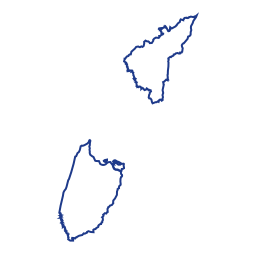 Sucre, Manabi, Ecuador (Natural Earth projection)
{"feature_id": "8360857B16036105102773", "entity_name": "Sucre", "entity_type": "district", "adm_level": 2, "iso_a3": "ECU", "parent_name": "Ecuador", "parent_adm1": "Manabi", "projection": "natural_earth1", "projection_center": [-80.333, -0.56], "detail": "fine", "context": "isolated", "style": "outline", "palette": "blue", "viewbox_px": 256, "rotation_deg": 0, "n_neighbors": 0, "source": "geoboundaries", "source_scale": "gbopen_adm2", "svg_char_len": 5727}
<svg xmlns="http://www.w3.org/2000/svg" viewBox="0 0 256 256"><path d="M68.2,239.3L70.2,240.6L73.1,240.6L73.1,239.1L72.7,238.6L72.1,238.5L72.2,237.9L73.9,238.0L75.0,238.5L75.4,237.9L76.3,237.5L76.2,237.3L79.2,235.7L82.3,235.0L83.7,233.4L84.7,233.7L87.0,232.6L87.0,232.0L88.4,231.2L90.9,232.0L93.5,232.2L93.3,229.9L94.2,229.2L95.5,229.1L96.3,228.0L98.2,227.0L98.4,226.5L98.3,225.7L98.9,225.0L100.4,224.0L101.1,224.0L101.5,222.5L102.2,222.3L102.3,221.1L102.9,220.0L102.7,217.5L102.2,217.2L103.5,215.8L103.5,215.2L103.2,214.7L104.9,213.2L106.3,213.5L107.2,212.0L107.7,211.9L107.5,209.3L107.6,208.6L108.1,207.9L108.2,207.2L109.3,206.7L109.8,205.7L112.0,204.9L113.3,203.1L113.1,202.6L113.3,200.5L115.0,198.5L116.9,194.9L117.0,191.5L117.6,189.9L117.6,189.1L119.0,188.2L118.9,187.2L119.3,186.0L120.5,185.0L120.7,184.2L120.4,181.7L120.5,178.8L121.1,177.0L121.8,176.6L122.1,175.9L122.0,174.9L121.3,174.3L120.9,172.9L121.0,171.5L117.5,169.9L115.7,169.8L114.2,169.0L113.3,167.4L112.6,165.0L110.2,162.0L108.4,162.2L107.2,162.8L105.6,164.3L104.4,164.8L103.0,165.0L101.4,164.6L100.2,163.9L99.0,161.1L96.1,161.0L95.2,160.7L93.5,157.0L92.1,156.2L90.2,154.7L89.7,152.9L89.8,151.7L89.5,149.5L89.8,148.4L89.3,146.3L89.8,145.3L89.9,143.0L90.3,141.1L90.3,140.6L89.8,140.1L89.3,140.4L88.6,142.3L87.3,143.6L84.4,145.2L82.7,145.8L81.8,145.6L80.7,146.3L79.8,150.1L78.9,152.0L77.5,153.1L76.2,156.2L75.2,156.6L73.6,163.8L71.2,172.3L69.0,179.0L68.2,180.3L66.5,187.0L65.8,188.9L64.4,190.7L63.5,192.4L62.9,196.0L60.6,205.7L59.3,212.8L59.6,213.3L60.5,213.2L60.7,213.4L60.7,213.8L60.3,214.3L60.7,214.9L61.3,215.1L60.4,215.5L61.1,215.7L61.5,216.4L60.2,216.1L60.2,216.4L60.8,216.5L60.9,216.9L60.8,217.5L60.3,217.8L60.9,217.8L61.2,219.3L61.9,219.4L61.7,219.9L61.1,220.0L61.4,220.8L62.2,220.1L62.6,220.7L62.2,221.8L61.4,222.6L62.3,222.8L61.8,223.2L62.5,223.6L62.7,224.1L62.3,224.0L62.2,224.3L62.9,224.9L62.5,225.6L62.6,226.0L63.2,225.5L63.0,226.9L63.4,226.6L64.0,226.9L64.1,226.3L64.6,226.8L65.0,227.8L64.8,228.7L65.2,228.9L65.1,229.4L65.4,229.6L65.3,229.8L65.6,230.3L65.2,230.7L65.7,231.0L65.8,230.7L66.3,231.0L65.7,231.5L66.4,232.0L66.2,232.7L66.9,233.6L67.7,233.4L68.0,234.2L68.4,234.3L67.8,235.5L68.1,235.9L68.1,237.0L68.5,237.3L68.2,237.8L68.4,238.4L68.2,239.3ZM196.7,15.4L195.6,16.3L194.4,16.5L193.8,17.2L190.8,16.6L189.7,17.1L189.2,17.0L188.8,17.6L187.9,18.1L186.8,18.0L186.7,17.7L184.7,17.9L184.1,18.4L183.9,19.1L183.2,19.6L183.2,20.2L180.7,19.4L180.1,20.5L179.9,21.9L178.0,23.3L177.0,24.6L176.7,25.3L176.2,25.5L175.7,26.3L171.7,28.5L170.2,27.2L170.0,28.2L170.0,30.0L169.4,31.0L168.4,31.2L168.1,31.0L168.0,30.2L167.7,30.1L166.6,28.0L166.3,28.0L166.3,27.5L165.4,26.3L164.7,27.0L164.4,26.6L164.1,27.5L163.5,27.6L162.2,28.6L162.2,28.0L161.0,28.1L160.2,28.8L160.3,28.2L159.5,28.3L159.3,28.5L159.6,28.9L158.9,28.7L158.8,29.0L160.6,30.5L160.7,31.3L161.4,31.8L161.4,33.1L163.2,33.6L163.2,33.9L162.6,34.5L162.0,34.7L162.4,33.8L161.7,33.8L161.4,34.8L160.2,36.0L159.2,36.0L159.3,37.4L158.7,37.9L155.9,37.6L154.2,38.6L153.2,39.8L153.3,40.7L151.8,43.0L149.8,43.1L149.3,42.2L148.3,41.4L147.1,41.4L145.5,40.6L144.1,41.9L144.3,43.0L143.7,45.9L143.0,46.5L142.5,46.9L141.3,46.4L140.2,47.1L139.4,47.1L138.2,46.5L136.2,46.9L134.9,48.6L131.4,51.7L130.8,54.4L129.6,54.5L128.6,55.3L128.4,56.0L126.8,56.5L125.3,58.5L124.7,58.6L124.9,59.1L124.5,59.6L124.1,61.4L125.9,62.5L125.6,62.8L125.7,63.9L126.5,64.2L126.8,64.0L127.1,64.3L126.8,65.2L126.9,66.5L127.5,66.5L127.7,67.3L127.5,67.8L128.0,68.5L127.7,69.0L128.0,69.6L127.4,70.5L127.5,71.2L128.2,71.1L129.0,70.2L129.5,70.3L129.6,70.9L130.6,70.6L131.0,70.8L131.3,70.5L132.2,70.6L132.3,71.0L132.0,71.5L132.3,71.4L132.3,71.8L133.2,72.5L132.9,72.9L133.4,74.4L133.4,75.5L133.8,75.9L134.2,77.1L133.9,78.3L133.6,78.6L134.0,79.0L134.1,78.6L134.8,78.5L134.8,79.0L135.1,79.0L134.8,79.4L135.1,79.5L134.9,79.8L135.1,80.1L134.9,80.5L135.4,80.6L135.7,81.6L136.2,82.0L135.9,82.3L136.6,82.5L136.3,82.9L136.7,85.1L136.5,86.2L137.3,86.7L137.3,87.1L137.8,87.0L137.9,86.6L138.6,87.1L139.2,86.5L140.4,86.7L140.8,87.5L141.5,87.6L141.4,88.7L141.8,88.3L142.6,88.2L142.6,88.5L143.5,88.8L144.5,90.1L145.9,89.7L146.7,88.4L147.5,88.9L148.5,90.2L149.1,89.8L149.7,90.2L150.6,90.2L151.0,91.4L149.8,92.5L149.7,93.8L149.1,94.9L148.7,97.5L149.2,98.4L150.5,98.5L151.4,99.6L152.0,102.2L152.6,103.3L155.5,102.2L156.6,102.2L157.9,101.3L158.6,101.8L159.1,100.2L159.7,99.7L160.5,99.6L161.7,100.7L162.7,99.9L162.4,98.6L162.9,97.7L162.9,96.8L162.5,95.1L163.2,93.0L162.6,90.1L163.8,84.5L163.4,84.0L163.5,83.2L163.1,82.1L164.3,81.5L166.1,79.7L167.6,80.3L167.6,79.6L168.1,79.6L167.6,78.1L167.8,77.7L167.5,74.9L167.8,74.3L167.9,70.9L168.4,66.5L168.5,62.4L168.2,61.5L168.7,59.7L168.4,59.3L168.3,58.4L170.2,56.9L171.0,57.1L171.5,56.4L172.6,56.1L173.6,55.4L173.7,54.5L175.0,54.2L175.8,53.4L177.6,53.0L178.7,53.5L179.8,53.5L180.0,52.7L180.5,52.9L180.6,52.6L181.7,52.4L181.8,51.9L182.2,51.7L182.7,48.2L182.0,46.7L181.8,45.2L182.3,44.3L183.5,43.2L183.9,43.2L187.6,38.8L188.1,36.6L189.5,36.1L190.4,35.1L190.6,34.7L190.7,32.0L191.3,30.1L190.9,28.0L191.0,26.2L192.6,23.3L193.4,20.9L196.0,17.2L196.7,15.4ZM117.5,164.1L116.8,163.2L115.5,163.0L113.5,162.2L113.5,163.4L113.9,164.2L113.3,164.0L113.2,165.3L113.4,166.7L114.4,168.7L115.7,169.4L117.7,169.5L121.0,171.1L121.5,170.9L121.8,169.0L123.0,168.8L124.0,168.2L124.0,167.2L123.6,165.8L123.9,164.0L123.6,163.7L121.3,163.9L120.1,164.7L118.5,164.7L117.5,164.1ZM115.3,160.3L114.3,160.3L113.2,161.3L114.8,162.4L117.1,162.9L118.0,164.2L119.8,164.4L121.1,163.7L120.8,163.1L118.6,161.9L117.4,161.6L115.3,160.3ZM105.9,162.1L106.2,161.8L106.3,160.9L105.8,160.8L105.0,160.1L103.8,160.8L103.9,161.2L104.7,161.8L105.9,162.1ZM106.2,160.7L107.0,160.4L107.0,159.6L105.3,160.0L105.6,160.5L106.2,160.7Z" fill="none" stroke="#1e3a8a" stroke-width="2"/></svg>